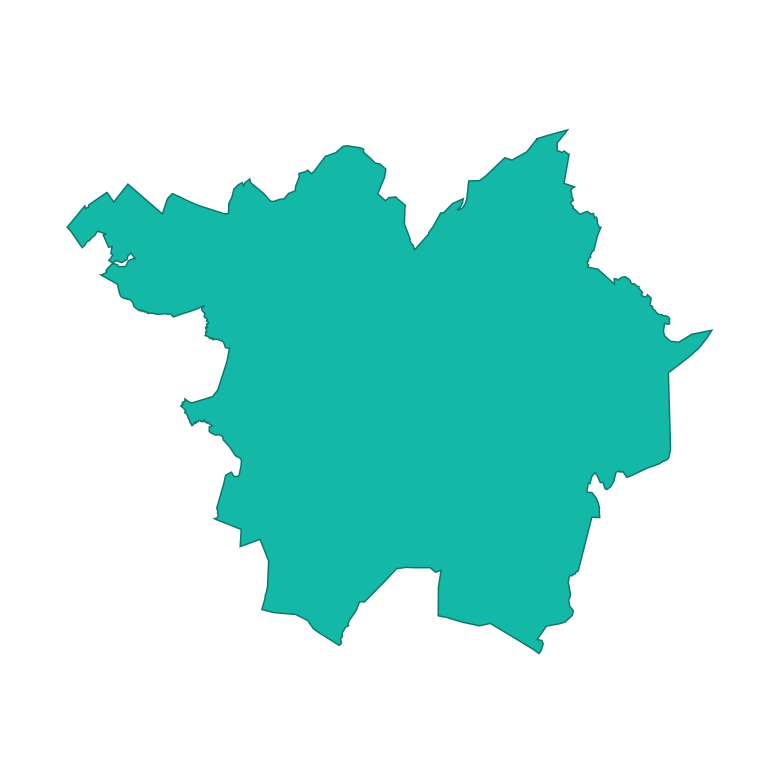 the district of Nītaures pag., Amatas, Latvia, rotated 93°
{"feature_id": "27541924B33705410668553", "entity_name": "Nītaures pag.", "entity_type": "district", "adm_level": 2, "iso_a3": "LVA", "parent_name": "Latvia", "parent_adm1": "Amatas", "projection": "mercator", "projection_center": [25.207, 57.075], "detail": "fine", "context": "isolated", "style": "filled", "palette": "teal", "viewbox_px": 768, "rotation_deg": 93, "n_neighbors": 0, "source": "geoboundaries", "source_scale": "gbopen_adm2", "svg_char_len": 6160}
<svg xmlns="http://www.w3.org/2000/svg" viewBox="0 0 768 768"><g transform="rotate(93 384 384)"><path d="M647.3,415.1L646.1,413.6L644.7,412.9L640.8,414.2L638.9,412.6L637.9,412.3L635.8,412.9L633.9,412.2L628.4,409.4L627.8,407.5L626.9,406.7L625.3,407.4L622.4,406.5L610.9,399.6L602.7,397.0L602.7,392.1L579.7,371.8L567.8,361.8L566.0,352.6L565.8,342.6L565.0,328.4L569.2,322.8L567.1,317.3L584.4,319.0L612.6,317.7L613.6,312.2L613.3,311.4L617.7,293.4L620.5,275.9L617.5,265.4L634.9,232.6L641.9,219.9L645.1,215.1L641.5,213.0L635.2,211.4L631.9,213.0L631.1,217.7L617.3,209.1L614.2,196.1L612.3,190.8L605.1,183.8L600.4,183.1L596.3,186.8L590.2,188.3L585.1,186.6L572.4,189.6L566.8,189.0L565.8,188.3L565.5,187.4L565.8,186.5L565.5,185.9L563.9,184.8L563.5,183.0L561.6,182.3L561.0,180.8L559.6,180.1L506.2,169.5L506.1,161.6L497.9,162.6L497.2,162.2L491.5,163.8L486.8,166.1L481.6,170.6L481.3,175.8L472.7,174.9L472.7,173.0L466.1,171.9L461.4,168.8L464.3,166.3L471.2,162.8L470.8,160.1L476.8,157.9L477.7,155.9L475.0,152.5L469.1,149.4L459.9,147.7L458.9,144.4L459.4,143.7L459.6,142.5L458.8,141.0L464.6,136.5L462.3,131.7L454.2,116.8L451.3,109.5L449.3,105.1L446.9,101.6L445.3,98.3L443.6,96.2L442.4,95.7L434.6,94.4L357.9,100.6L341.1,80.9L331.6,71.3L320.9,63.8L313.2,59.4L318.2,79.2L326.8,91.8L326.4,100.1L321.2,106.4L316.6,107.7L308.8,107.0L309.5,104.3L309.0,102.0L306.8,102.4L304.1,102.1L303.2,102.7L301.9,104.2L301.2,105.7L301.2,109.5L300.2,110.0L300.1,113.5L297.7,116.3L296.3,117.3L293.9,120.3L292.8,119.8L291.2,122.6L284.3,121.7L281.1,125.5L283.7,127.1L282.2,131.7L279.0,130.6L275.3,134.4L273.4,134.5L273.4,135.9L270.8,139.2L271.2,141.1L270.5,142.3L269.6,143.1L268.6,143.1L266.4,145.0L264.2,148.8L265.2,152.4L268.0,155.9L266.9,157.4L266.7,159.6L272.2,159.1L258.1,176.5L256.6,187.0L254.7,185.9L254.1,186.0L253.3,187.2L251.2,187.4L250.8,186.3L247.7,186.0L247.0,184.6L246.3,184.2L245.2,184.7L243.8,184.4L243.1,183.6L242.0,183.8L239.4,181.4L225.1,178.7L216.1,175.6L216.3,177.3L212.5,179.2L208.1,179.8L206.2,181.0L207.1,182.5L202.8,183.7L203.4,186.4L200.9,189.9L203.1,195.0L204.3,196.6L204.2,197.2L199.5,202.9L198.8,204.6L197.1,204.1L193.9,207.4L192.2,206.2L190.8,204.6L187.6,205.6L187.1,206.5L184.8,206.4L180.1,207.7L177.2,204.0L174.2,214.7L144.8,211.2L144.9,211.8L141.9,216.3L143.7,218.9L142.3,220.5L142.2,223.2L133.8,223.6L131.8,221.8L120.7,214.0L127.0,233.1L131.1,244.3L131.8,243.6L132.2,244.7L144.8,253.7L153.7,268.0L151.7,275.2L171.2,293.5L175.9,299.3L176.8,310.0L194.9,311.0L200.6,312.6L204.4,315.2L206.4,318.7L206.0,319.5L202.7,316.7L200.7,315.7L194.8,314.4L200.2,325.0L210.0,333.6L210.2,336.3L224.1,343.1L230.4,347.2L231.9,347.2L248.3,360.4L244.2,362.2L239.8,365.7L237.9,365.5L223.1,372.0L206.6,372.3L204.6,371.8L198.6,379.9L196.5,382.1L197.7,389.0L201.0,392.0L194.4,400.2L177.6,394.3L169.4,393.4L164.5,399.6L163.8,404.3L158.6,410.2L153.8,416.5L150.6,416.6L149.3,420.5L148.0,433.4L148.8,437.5L155.4,444.1L159.8,454.5L175.5,465.1L177.8,467.6L174.4,471.4L175.9,473.1L178.2,479.9L181.6,479.5L191.4,482.6L195.7,482.8L198.6,489.1L204.3,493.5L205.2,498.4L207.4,503.3L207.4,506.4L205.9,508.5L200.3,513.8L190.5,527.0L189.9,527.6L186.3,528.8L190.2,533.3L193.6,534.5L190.4,536.1L192.5,539.7L197.1,544.1L204.7,545.5L212.3,548.5L221.8,548.2L222.4,551.8L222.0,552.6L222.2,553.1L214.9,580.6L209.2,594.9L207.7,597.6L207.8,598.0L204.9,605.2L208.9,608.9L211.3,610.3L225.8,614.2L197.8,650.2L216.5,663.4L207.3,670.5L207.3,671.0L220.7,688.3L223.2,688.4L223.4,689.7L224.5,691.2L221.8,692.1L244.1,708.6L247.8,704.7L263.6,692.6L261.0,690.0L257.4,688.1L256.3,685.8L252.8,683.1L250.7,680.6L246.4,678.1L248.6,669.7L248.8,669.6L249.9,672.2L261.8,666.2L261.1,662.7L268.1,663.6L269.4,661.5L275.1,665.2L277.2,661.3L274.7,657.9L276.6,652.3L272.9,647.0L269.8,646.6L266.5,643.7L272.2,638.6L271.6,640.3L274.3,645.7L280.1,648.1L280.7,654.4L281.0,654.8L280.1,656.0L278.8,656.3L278.9,657.8L278.0,659.1L278.1,660.9L278.6,662.2L280.8,663.8L281.9,665.3L285.5,667.5L286.1,667.3L286.3,666.6L286.9,666.7L288.1,668.5L288.7,670.1L289.6,670.4L289.9,672.4L298.3,655.4L307.0,653.0L310.0,651.5L311.2,650.2L311.7,648.6L312.3,647.5L312.0,645.6L312.8,645.0L312.8,643.1L313.2,642.0L314.6,640.1L315.9,639.2L320.0,637.6L322.9,633.3L323.0,632.4L323.5,632.3L323.3,631.9L323.7,630.5L323.1,630.4L322.9,629.2L323.6,629.1L323.3,628.9L324.3,627.5L323.9,627.2L324.2,626.4L324.4,626.5L324.3,625.0L324.9,625.0L325.2,623.9L325.8,623.6L325.2,618.6L325.7,618.0L325.7,616.6L326.4,613.8L325.3,606.6L325.2,605.4L325.7,603.9L325.2,600.8L325.4,599.9L326.6,599.6L327.6,597.9L328.1,597.8L325.1,590.9L321.0,579.9L318.6,574.2L315.3,568.4L315.4,567.6L316.0,567.6L317.8,569.8L318.8,570.1L320.7,569.2L322.8,566.5L326.2,567.1L327.3,565.9L328.0,564.2L329.1,564.0L330.5,564.5L331.3,562.8L331.8,562.4L332.6,562.5L333.1,563.9L333.6,564.3L336.5,563.4L336.8,563.7L336.7,565.1L340.7,563.9L341.4,564.9L344.5,564.4L345.0,565.0L345.9,561.7L347.3,560.7L347.7,559.8L346.9,559.4L346.9,558.4L347.3,557.9L347.8,558.3L348.9,557.0L347.9,556.2L348.2,555.3L348.1,552.7L349.9,547.3L351.0,546.3L355.8,544.3L356.2,543.5L356.4,540.2L369.7,542.0L398.7,549.7L405.6,554.5L413.0,575.0L412.2,577.6L409.4,582.0L411.6,581.8L413.0,584.4L413.8,584.5L415.1,583.7L415.9,585.4L416.7,585.8L417.5,584.3L420.9,580.8L423.1,581.6L423.3,580.4L423.7,579.9L426.3,578.3L428.2,577.8L430.5,576.2L432.5,575.8L433.6,574.5L435.5,573.9L435.4,573.0L434.4,572.1L432.8,571.4L432.5,571.0L433.2,570.4L433.0,569.8L431.5,569.8L431.6,567.8L430.1,567.2L430.1,566.2L430.9,564.9L430.2,564.9L430.2,564.4L431.0,563.3L430.0,562.1L430.9,562.4L431.0,562.0L430.5,560.9L431.2,560.6L432.3,558.5L431.4,558.3L431.7,557.2L433.4,556.1L433.6,554.6L435.0,553.1L436.0,556.3L440.5,556.0L442.0,554.1L443.9,549.3L443.2,546.2L444.7,542.6L448.3,541.5L455.6,534.3L462.8,529.1L464.0,527.6L465.5,523.8L467.3,522.4L473.4,522.5L482.8,523.9L484.0,525.5L484.2,529.0L480.0,531.8L483.2,537.0L484.8,537.6L490.5,538.5L516.7,544.5L520.6,543.1L521.7,543.6L522.9,542.8L524.6,542.6L526.7,544.0L527.2,546.2L528.1,544.5L536.7,519.0L553.9,519.1L545.6,499.6L566.9,489.9L592.5,489.7L600.9,491.1L601.0,491.5L604.6,491.6L615.6,494.2L618.0,482.4L618.8,459.9L624.2,447.8L632.1,441.7L634.7,437.8L647.3,415.1Z" fill="#14b8a6" stroke="#0f766e" stroke-width="1.5"/></g></svg>